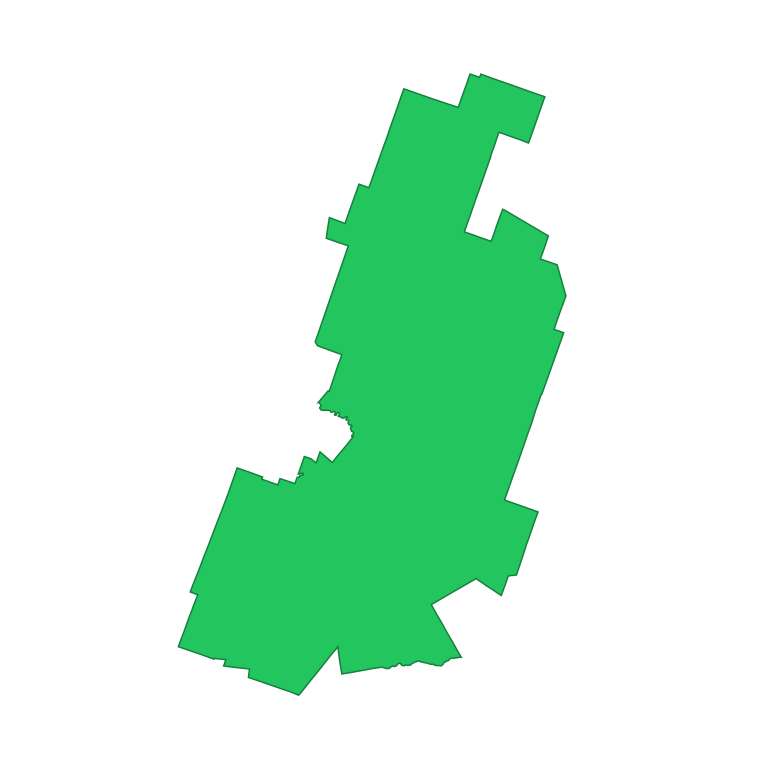 the district of General San Martín, Córdoba, Argentina, rotated 187°
{"feature_id": "61730980B38131446935101", "entity_name": "General San Martín", "entity_type": "district", "adm_level": 2, "iso_a3": "ARG", "parent_name": "Argentina", "parent_adm1": "Córdoba", "projection": "albers", "projection_center": [-63.24, -32.573], "detail": "fine", "context": "isolated", "style": "filled", "palette": "green", "viewbox_px": 768, "rotation_deg": 187, "n_neighbors": 0, "source": "geoboundaries", "source_scale": "gbopen_adm2", "svg_char_len": 6117}
<svg xmlns="http://www.w3.org/2000/svg" viewBox="0 0 768 768"><g transform="rotate(187 384 384)"><path d="M395.1,678.3L400.2,679.4L401.6,673.5L406.2,652.1L408.3,642.9L411.4,628.2L412.3,624.3L413.2,620.6L414.0,617.0L415.1,612.1L417.2,602.6L420.8,586.3L422.9,577.0L433.2,579.3L434.6,572.9L439.6,550.8L442.2,538.6L451.4,540.8L458.5,542.5L458.6,539.8L459.0,527.2L459.0,521.6L446.2,518.8L436.3,516.8L437.0,513.6L438.2,507.4L444.8,476.7L451.8,443.5L457.4,417.3L454.6,413.9L448.1,412.3L439.1,410.2L434.2,409.1L429.5,408.0L430.4,403.5L432.6,394.0L434.1,386.4L434.9,382.2L437.5,370.0L438.6,370.4L447.0,357.6L446.4,357.8L446.1,357.4L445.8,357.3L445.5,357.1L445.2,356.6L444.9,356.3L444.5,356.0L444.2,355.4L444.0,355.1L443.7,354.7L443.7,354.3L443.9,354.0L444.2,353.8L444.9,352.9L445.0,352.5L444.9,352.2L444.7,352.0L444.3,351.6L444.0,351.5L443.6,350.8L443.4,350.6L442.9,350.4L442.2,350.3L441.4,350.6L440.8,350.7L440.4,350.5L440.0,350.5L439.1,350.8L437.8,350.8L437.3,350.9L436.5,351.1L435.8,351.2L435.1,351.2L434.5,351.0L434.0,350.8L433.5,350.0L433.3,349.7L432.8,349.6L432.2,349.6L431.9,349.8L431.7,350.1L430.7,350.3L430.2,350.6L429.7,350.7L429.2,350.5L428.9,350.1L428.9,349.7L428.9,349.4L428.9,349.0L429.0,348.5L429.4,347.7L429.4,347.4L429.2,347.2L428.9,347.1L428.5,347.1L428.0,347.1L427.6,347.5L427.5,348.0L427.3,348.6L427.0,349.1L426.8,349.6L426.4,349.9L425.6,350.2L425.2,350.1L424.9,349.9L424.7,349.6L424.8,349.3L424.8,349.0L424.6,348.7L424.7,348.0L425.2,347.4L425.5,347.1L425.5,346.6L425.1,346.3L424.7,346.2L424.2,346.2L423.6,346.2L422.8,346.1L421.8,345.2L421.2,345.1L420.7,345.3L420.3,345.2L419.7,345.2L419.4,345.5L419.0,345.9L418.2,347.0L417.4,347.2L416.8,347.0L416.2,346.6L416.2,346.3L416.7,346.2L417.0,345.8L417.2,345.4L417.4,345.1L417.3,344.2L417.2,343.7L416.8,343.5L416.5,343.6L416.2,343.8L415.9,343.9L415.5,343.9L415.1,343.7L414.7,343.5L414.5,343.2L414.5,342.9L414.6,342.6L414.8,341.7L415.0,341.1L414.8,340.6L414.6,340.2L414.2,339.8L413.5,339.3L413.2,339.2L412.8,339.0L412.3,339.2L411.5,339.1L411.0,338.9L410.7,338.3L410.8,338.0L411.4,337.5L411.7,337.2L411.9,336.8L411.9,336.2L411.8,335.8L411.5,335.2L410.9,334.8L411.0,334.0L410.5,333.3L410.2,333.1L409.7,333.0L409.2,332.7L408.7,332.6L408.2,332.2L408.3,331.6L408.5,330.9L409.0,329.8L409.5,329.2L409.7,328.8L409.7,328.5L409.5,327.9L409.1,327.7L408.5,327.6L408.3,327.7L414.1,318.2L418.5,311.4L422.0,306.0L425.7,299.8L432.0,304.0L439.2,308.8L441.8,297.4L447.4,300.9L454.2,302.3L458.1,284.2L453.6,285.6L453.1,283.9L456.5,282.8L456.5,281.5L458.7,280.8L458.8,280.8L460.3,274.3L475.7,277.4L477.1,270.9L493.7,274.6L493.2,276.9L504.5,279.5L519.5,282.8L525.6,255.1L529.6,238.7L532.5,227.5L539.2,200.2L539.7,198.4L541.5,191.7L544.0,181.2L546.1,173.1L549.0,162.1L551.0,154.0L543.2,152.1L546.4,139.3L546.6,138.2L548.2,131.8L548.5,130.9L549.4,126.8L550.4,122.5L552.2,114.5L555.6,100.7L556.1,98.2L550.9,97.1L533.4,93.4L519.3,90.2L519.2,90.9L507.4,91.2L508.8,84.6L501.7,84.6L497.2,84.5L489.3,84.7L482.8,84.7L482.8,83.3L482.8,76.2L471.1,73.8L448.9,69.0L439.9,67.2L430.9,64.7L429.5,66.4L422.9,77.2L420.9,80.5L419.0,83.5L414.4,90.8L406.9,103.1L403.2,109.2L401.1,112.4L399.7,114.4L397.8,117.7L396.8,113.6L393.8,102.2L392.4,97.7L391.6,94.7L390.9,92.6L390.5,91.1L384.1,92.9L377.8,94.8L376.6,95.2L370.4,97.1L359.6,100.5L353.6,102.1L351.9,102.6L351.5,102.6L351.3,102.6L350.3,102.4L349.3,102.4L348.7,102.2L347.7,102.0L347.4,101.9L346.7,101.9L345.7,102.1L344.9,102.1L344.3,102.2L343.9,102.8L343.4,103.2L342.3,104.2L341.9,104.7L341.4,105.1L340.9,105.1L340.6,105.0L340.1,105.0L339.2,104.8L338.7,104.9L338.6,105.0L338.5,105.5L338.4,105.8L338.0,105.9L337.6,105.9L337.3,105.9L337.0,106.4L336.5,106.8L336.3,107.3L336.3,107.9L336.0,108.3L335.6,108.3L335.3,108.3L335.1,108.4L334.8,108.6L334.5,108.8L334.1,108.8L333.8,108.7L333.4,108.4L333.2,108.1L332.9,108.1L332.8,107.8L332.6,107.6L332.3,107.5L332.3,107.3L332.1,107.1L331.8,106.9L331.4,106.9L331.0,106.9L330.4,106.9L330.0,106.8L329.7,106.8L329.3,106.9L329.0,107.3L328.6,107.8L328.3,107.9L327.5,107.9L326.8,107.5L326.6,107.5L325.6,107.8L324.9,107.8L324.4,108.0L323.7,108.2L323.0,108.6L322.6,109.3L322.3,109.8L321.8,110.2L321.1,110.6L320.3,111.0L319.3,111.7L319.2,112.0L318.5,112.2L317.7,112.5L317.1,112.9L316.1,113.2L315.3,113.2L314.7,112.9L313.1,112.7L312.5,112.7L311.4,112.5L309.5,112.3L308.2,112.3L306.4,112.0L305.2,111.8L303.9,111.5L302.3,111.7L300.9,111.7L299.3,111.1L297.2,110.9L295.9,111.3L294.1,111.2L293.1,111.3L292.3,111.6L291.0,113.4L290.8,114.4L290.1,115.3L289.1,115.6L288.6,116.0L288.2,116.5L286.8,117.2L286.2,117.4L285.3,119.0L284.5,119.6L283.2,120.3L281.9,120.3L280.6,120.5L280.0,120.9L279.2,120.9L278.3,121.3L277.4,121.3L276.5,121.8L275.6,122.1L274.0,122.1L276.4,125.3L277.8,127.2L284.6,136.4L288.3,141.2L293.7,148.5L295.5,151.1L298.4,155.0L302.7,160.6L310.2,170.8L289.7,186.4L278.9,194.5L268.7,202.3L268.2,201.6L262.3,198.7L258.6,196.7L254.8,194.8L250.9,193.0L247.7,191.3L244.8,189.8L241.8,188.4L241.4,190.3L239.1,200.0L237.3,208.4L235.2,209.2L229.3,210.5L228.0,216.8L224.2,235.5L223.1,241.8L221.9,246.8L218.0,265.0L215.5,275.8L250.2,283.5L247.9,294.0L245.6,304.6L244.4,310.0L243.5,313.9L241.1,324.6L239.3,333.1L237.6,340.7L235.8,349.5L233.2,360.9L232.0,366.8L230.5,375.6L226.7,392.6L226.0,393.3L225.2,397.2L215.5,440.4L211.9,456.8L221.8,458.9L220.2,467.2L217.4,479.8L214.5,492.1L214.2,493.7L226.7,523.4L234.9,525.2L235.2,525.2L236.1,525.4L244.1,527.1L243.1,531.2L241.6,537.8L240.2,544.5L238.9,551.0L257.0,558.9L285.1,571.1L287.5,571.9L289.8,562.5L291.4,555.3L293.2,546.5L295.0,538.6L297.1,539.1L298.8,539.5L304.9,540.8L308.5,541.6L312.5,542.6L321.2,544.4L322.8,544.8L320.8,553.9L318.8,562.5L318.3,565.3L316.3,574.4L315.9,576.7L313.4,587.6L309.7,604.3L309.2,606.6L306.6,618.8L306.0,621.1L305.7,623.3L305.8,623.4L305.3,626.2L303.3,634.9L301.9,642.1L300.6,647.8L295.7,646.8L286.1,644.6L278.4,643.0L269.9,640.8L268.7,646.0L268.3,647.9L267.0,653.6L264.5,665.2L263.4,670.3L259.4,688.7L268.4,690.6L284.6,694.2L293.5,696.2L307.1,699.1L317.1,701.4L325.7,703.3L326.5,700.0L332.6,701.4L336.4,702.1L337.5,696.8L339.4,688.3L340.8,682.3L344.0,667.6L357.3,670.2L374.8,673.8L395.1,678.3Z" fill="#22c55e" stroke="#15803d" stroke-width="1.5"/></g></svg>